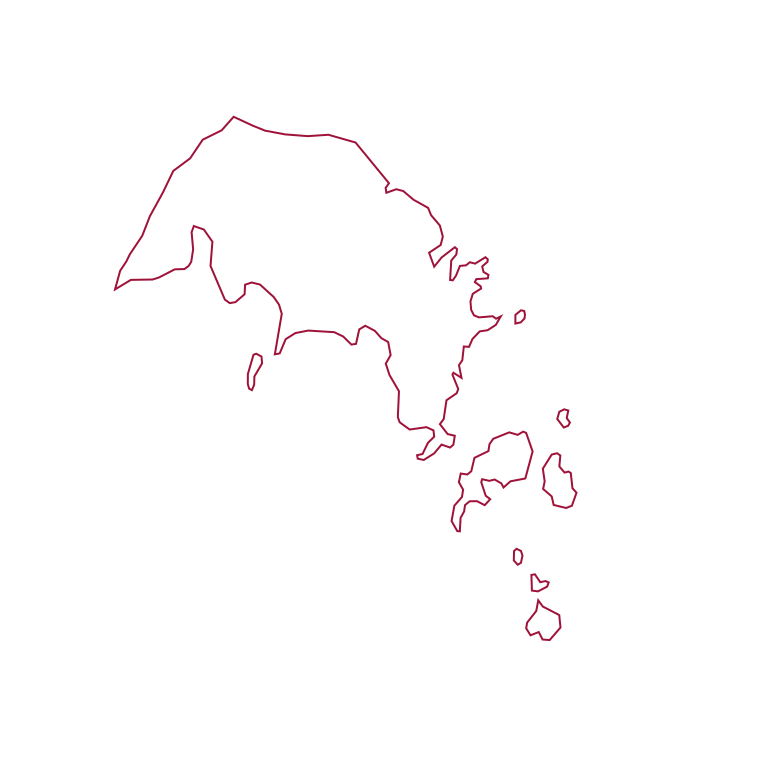 the district of Cholsan, P'yŏngan-bukto, North Korea, rotated 323°
{"feature_id": "82179303B45759472884401", "entity_name": "Cholsan", "entity_type": "district", "adm_level": 2, "iso_a3": "PRK", "parent_name": "North Korea", "parent_adm1": "P'yŏngan-bukto", "projection": "natural_earth1", "projection_center": [124.652, 39.648], "detail": "fine", "context": "isolated", "style": "outline", "palette": "rose", "viewbox_px": 768, "rotation_deg": 323, "n_neighbors": 0, "source": "geoboundaries", "source_scale": "gbopen_adm2", "svg_char_len": 3225}
<svg xmlns="http://www.w3.org/2000/svg" viewBox="0 0 768 768"><g transform="rotate(323 384 384)"><path d="M414.5,82.2L407.1,83.7L386.2,79.8L365.0,87.1L344.0,87.0L322.7,98.0L298.0,109.1L280.2,120.1L259.0,127.5L251.9,131.1L241.4,134.8L226.1,146.6L244.5,148.5L262.1,161.3L268.4,163.5L285.9,166.5L293.8,172.1L298.8,172.2L303.6,170.4L312.6,161.6L321.7,147.0L327.2,143.4L333.1,152.2L332.6,167.1L316.5,185.3L307.7,220.8L309.5,226.6L314.6,229.2L322.4,228.7L326.7,228.4L332.8,221.1L339.4,223.3L344.8,229.9L348.3,248.3L347.9,257.5L344.6,266.4L314.7,294.6L319.1,296.8L332.5,289.0L343.9,290.0L355.6,295.7L370.1,308.1L375.4,312.6L380.0,321.5L381.7,332.9L385.8,335.1L397.1,325.5L404.1,326.2L408.7,336.1L409.5,345.9L412.6,353.0L406.7,364.9L397.7,368.8L393.8,380.1L391.6,398.8L375.1,418.8L373.5,424.0L374.0,425.8L377.1,435.8L391.9,444.0L395.6,450.8L392.4,456.3L383.8,457.4L372.6,463.1L367.6,460.8L366.0,463.9L370.0,468.6L382.4,469.6L393.5,467.0L398.5,474.5L402.9,474.2L409.4,467.9L404.7,462.3L404.5,449.7L410.6,447.9L424.1,434.6L426.9,434.7L436.5,435.1L440.3,432.7L444.3,417.7L446.2,416.8L449.6,425.7L455.2,414.1L460.9,412.1L470.3,402.1L474.3,405.5L481.7,401.3L492.2,399.6L499.1,403.4L508.9,404.1L517.9,400.3L512.8,399.3L511.6,395.3L500.0,388.0L497.2,383.4L498.2,377.3L502.8,370.0L505.1,368.4L509.2,365.4L519.0,366.2L520.0,364.1L517.9,357.3L520.8,355.8L530.5,362.1L533.1,359.7L530.9,354.4L533.2,349.2L540.2,348.7L541.9,346.9L541.3,343.8L529.2,342.7L525.8,338.4L521.0,338.6L515.7,335.4L506.7,340.8L501.3,342.6L499.4,340.7L512.0,325.9L519.7,324.1L523.5,320.2L522.9,317.4L506.1,317.6L500.3,319.1L494.7,320.5L499.0,306.3L512.9,307.1L519.7,301.7L524.0,291.0L523.2,277.5L525.2,269.9L518.5,254.7L515.5,241.5L511.1,235.9L501.0,232.7L503.3,228.4L508.8,226.6L506.6,174.0L489.6,151.5L472.3,140.2L455.2,125.1L441.5,110.1L434.7,98.8L424.7,80.1L414.5,82.2ZM454.9,498.0L438.2,493.5L432.1,495.5L427.0,500.4L411.8,497.4L401.2,506.2L396.1,506.4L391.4,501.7L384.7,507.5L383.6,516.0L378.2,521.2L367.0,523.5L355.5,534.1L354.0,545.5L355.9,547.3L364.6,537.0L371.3,534.0L375.8,529.5L381.8,529.2L387.8,533.6L391.5,541.4L399.5,539.9L398.0,534.4L402.6,520.9L405.1,519.1L409.8,524.7L414.9,526.9L417.9,534.0L417.2,538.6L426.4,537.8L440.0,544.5L462.1,527.3L466.3,514.2L468.1,508.6L466.5,505.8L460.2,505.1L454.9,498.0ZM472.3,586.7L471.8,580.6L479.6,567.5L478.7,565.0L474.9,563.4L474.4,555.4L481.8,547.2L480.6,543.5L475.5,541.3L459.9,547.2L453.7,558.5L447.9,563.6L450.3,574.7L446.7,582.7L454.8,592.6L460.8,594.3L472.3,586.7ZM378.4,684.7L384.9,674.0L376.9,657.3L377.0,649.6L369.0,656.9L354.7,660.7L350.5,664.7L349.8,672.9L358.3,675.2L356.9,683.5L362.2,688.2L378.4,684.7ZM279.9,306.4L285.0,300.0L299.1,294.1L302.7,288.3L300.2,283.0L297.4,282.1L281.3,294.1L275.2,302.1L273.5,306.6L274.8,309.4L279.9,306.4ZM396.1,641.6L394.3,638.5L389.5,636.3L390.0,626.8L386.8,625.2L377.8,638.0L382.2,642.3L392.3,644.0L396.1,641.6ZM509.3,526.7L509.4,521.2L515.2,516.1L512.7,512.7L507.3,511.7L501.3,516.2L501.4,526.9L505.8,528.2L509.3,526.7ZM391.3,604.4L392.9,599.8L390.7,595.4L387.3,595.7L381.5,603.0L382.0,608.8L385.8,609.2L391.3,604.4ZM535.7,416.2L538.3,413.5L539.9,410.1L537.8,407.6L530.5,407.9L525.3,414.8L530.3,417.1L535.7,416.2Z" fill="none" stroke="#9f1239" stroke-width="2"/></g></svg>